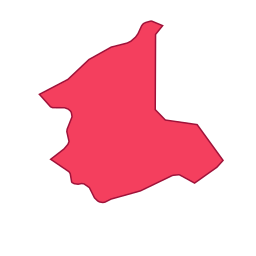 the London Borough of Redbridge, rotated 59°
{"feature_id": "GBR-2074", "entity_name": "Redbridge", "entity_type": "London Borough", "adm_level": 1, "iso_a3": "GBR", "parent_name": "United Kingdom", "parent_adm1": "", "projection": "orthographic", "projection_center": [0.078, 51.584], "detail": "fine", "context": "isolated", "style": "filled", "palette": "rose", "viewbox_px": 256, "rotation_deg": 59, "n_neighbors": 0, "source": "natural_earth", "source_scale": "10m", "svg_char_len": 821}
<svg xmlns="http://www.w3.org/2000/svg" viewBox="0 0 256 256"><g transform="rotate(59 128 128)"><path d="M204.7,63.2L207.4,71.9L209.5,99.3L194.8,107.9L194.2,108.6L191.9,113.4L191.5,114.7L188.3,149.7L180.2,179.1L179.7,185.8L179.3,187.0L178.8,188.1L176.6,190.6L174.8,191.6L170.6,192.7L159.2,191.8L153.2,194.5L151.7,196.4L150.5,199.7L148.0,202.8L146.0,204.0L145.2,204.1L137.3,201.0L135.1,201.1L115.0,210.4L113.0,193.7L111.1,188.0L109.2,185.5L99.6,182.3L97.7,180.8L89.9,170.6L89.2,170.0L85.5,168.6L83.8,168.6L81.0,169.5L78.0,171.9L71.7,182.2L69.9,183.5L53.5,186.6L55.4,154.5L49.2,126.2L50.0,100.7L54.8,84.8L55.1,80.8L54.0,74.7L52.3,70.8L47.5,63.8L46.7,61.9L46.5,60.7L46.7,58.4L48.0,53.7L48.6,52.6L58.1,45.6L62.0,56.2L126.3,95.2L140.4,91.9L160.7,67.0L204.7,63.2Z" fill="#f43f5e" stroke="#9f1239" stroke-width="1.5"/></g></svg>